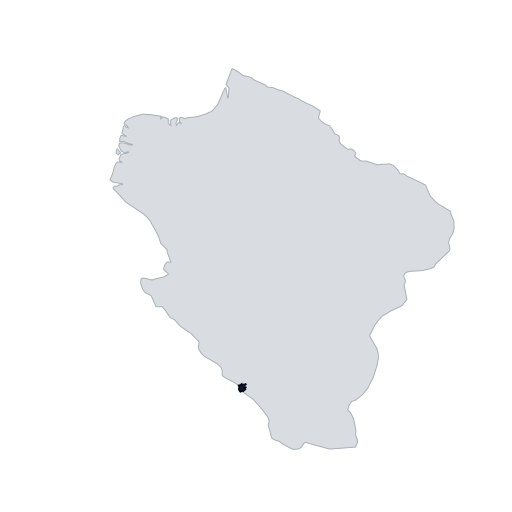 location of Mubi South, Adamawa, Nigeria, rotated 114°
{"feature_id": "59680162B11164722545286", "entity_name": "Mubi South", "entity_type": "district", "adm_level": 2, "iso_a3": "NGA", "parent_name": "Nigeria", "parent_adm1": "Adamawa", "projection": "equal_earth", "projection_center": [13.272, 10.176], "detail": "fine", "context": "in_parent", "style": "filled", "palette": "ink", "viewbox_px": 512, "rotation_deg": 114, "n_neighbors": 0, "source": "geoboundaries", "source_scale": "gbopen_adm2", "svg_char_len": 4798}
<svg xmlns="http://www.w3.org/2000/svg" viewBox="0 0 512 512"><g transform="rotate(114 256 256)"><path d="M390.1,87.4L402.4,110.1L405.0,126.9L406.1,135.2L408.1,136.2L411.9,136.6L414.7,138.3L416.4,141.1L417.4,143.6L417.6,145.2L416.9,155.3L415.9,158.9L416.4,163.9L416.3,166.1L415.9,167.5L414.1,169.2L411.8,170.8L406.2,175.6L404.6,176.4L402.3,176.5L400.3,177.7L397.9,180.3L392.7,190.0L388.3,199.7L385.0,215.5L381.1,220.4L380.4,224.8L379.8,234.6L379.2,237.6L378.5,238.5L374.3,240.3L371.9,242.6L370.4,247.1L368.6,262.3L367.9,264.8L366.5,267.4L364.4,270.2L362.5,271.8L357.6,272.9L353.0,284.3L353.0,286.3L350.9,296.7L347.4,304.5L347.1,309.5L342.7,316.4L340.4,321.1L342.7,326.0L342.9,326.8L335.3,335.1L334.8,336.4L334.5,342.1L333.9,343.7L332.5,345.8L330.4,348.1L328.3,349.9L325.9,351.1L323.7,351.6L322.4,350.9L321.7,349.1L320.4,342.1L319.8,340.6L318.3,339.2L312.4,331.5L308.9,328.8L308.1,329.0L307.5,329.7L306.5,333.6L305.5,335.0L303.6,335.5L300.4,335.6L298.0,335.0L297.4,334.3L296.3,331.2L289.0,338.3L286.4,339.8L283.2,348.2L278.5,352.3L275.4,355.9L266.8,367.3L265.1,370.6L263.4,375.6L259.7,397.0L253.8,410.3L253.0,413.1L252.7,413.0L251.9,414.3L249.6,413.5L248.6,411.0L247.2,410.6L244.8,407.0L244.3,407.6L246.8,416.8L245.9,420.4L238.7,420.5L232.5,421.7L228.2,421.6L226.1,420.3L225.2,416.8L224.8,417.2L224.6,419.0L223.2,420.5L218.4,420.7L216.3,418.4L214.6,415.7L212.8,414.6L213.1,415.7L215.2,418.3L214.9,422.0L211.1,426.2L208.6,426.5L207.1,424.6L206.3,421.6L206.0,417.2L205.0,414.3L204.4,414.3L205.1,419.1L205.1,423.6L206.9,427.1L204.1,428.2L200.7,428.3L200.3,427.0L199.9,424.1L199.3,423.4L198.6,428.3L191.7,429.7L190.7,429.5L190.5,428.5L191.0,427.2L190.9,425.0L189.4,426.7L189.1,430.1L188.2,430.6L185.6,430.2L182.7,428.4L178.1,424.1L172.4,417.1L171.4,414.0L169.8,410.1L166.9,399.5L167.4,399.0L168.7,399.6L169.4,398.6L167.0,397.8L166.5,397.1L166.4,394.7L166.5,391.8L170.1,390.3L171.0,388.6L171.5,386.8L167.0,389.5L162.8,386.5L161.9,384.7L162.4,383.3L167.2,383.2L169.0,381.8L167.9,381.3L166.1,381.4L165.4,380.5L165.5,378.3L164.9,378.8L164.1,380.7L161.2,382.1L159.6,380.7L159.5,377.6L159.1,376.1L157.7,375.0L152.9,366.7L146.7,359.7L141.3,354.9L133.0,352.6L115.6,352.7L114.7,352.0L115.8,350.9L117.3,350.2L122.9,346.3L121.9,345.8L116.1,348.2L114.1,348.4L111.5,353.1L94.5,354.1L94.5,352.0L95.3,345.8L96.4,341.6L95.3,336.4L95.0,331.8L95.8,330.3L96.0,328.6L96.0,316.6L96.9,314.9L96.9,313.7L95.2,308.6L95.2,304.7L94.9,300.9L94.4,299.2L95.2,284.6L95.0,281.0L95.6,278.5L95.9,272.2L95.9,266.0L97.2,256.4L104.5,255.1L106.3,251.3L107.4,246.4L107.1,241.7L109.5,237.5L112.4,233.8L112.3,229.8L113.1,228.5L114.5,227.6L116.5,227.1L118.7,225.1L119.9,221.6L121.2,215.9L119.3,212.0L119.4,211.1L120.1,209.0L121.3,206.9L122.2,206.2L124.3,206.7L125.0,205.9L126.4,199.6L126.3,198.0L124.4,193.8L123.4,182.5L122.9,181.0L121.4,179.0L117.4,171.0L117.5,167.3L119.3,162.5L120.4,160.1L122.0,158.8L122.3,157.7L121.9,156.4L121.1,155.4L121.0,153.2L121.8,150.2L121.6,146.9L122.2,129.9L125.5,126.6L130.4,121.0L132.9,115.3L134.3,110.9L136.1,96.4L138.7,94.8L143.5,89.5L150.1,86.4L154.4,85.4L161.8,86.1L165.6,85.5L168.9,82.7L170.3,81.9L172.4,81.4L190.9,88.9L192.6,88.6L194.0,89.1L196.3,91.1L201.7,98.1L207.3,109.0L209.1,111.3L210.9,112.6L212.7,113.1L214.1,112.9L215.4,111.9L217.2,109.8L220.0,108.8L222.2,109.0L233.9,100.7L235.0,100.6L242.1,102.4L251.7,110.7L259.6,116.2L265.1,118.1L271.7,119.4L282.8,119.8L291.3,108.0L294.4,105.4L298.2,103.1L306.0,101.0L319.0,99.5L331.2,100.1L338.7,102.1L346.7,106.0L350.1,109.6L355.5,110.2L359.4,109.5L360.7,105.9L364.6,101.1L370.4,96.7L375.1,93.6L379.1,92.2L382.5,88.7L385.3,87.5L390.1,87.4ZM218.9,425.5L216.2,426.6L214.5,426.3L216.9,421.5L218.1,422.5L219.6,423.0L218.9,425.5Z" fill="#d9dde1" stroke="#a8b0b8" stroke-width="1"/><path d="M381.3,219.3L381.4,219.2L381.5,219.1L381.7,218.8L381.8,218.7L382.2,218.5L382.4,218.3L382.4,218.1L382.6,218.0L383.1,217.9L384.5,217.7L384.9,217.4L385.0,217.2L385.7,216.5L386.0,216.1L386.1,215.8L386.3,215.5L386.5,215.0L385.2,213.7L384.9,214.0L384.5,213.4L384.7,212.6L384.4,212.5L384.1,212.4L384.1,212.5L383.9,212.4L383.6,212.3L383.2,212.1L382.7,211.6L382.2,211.3L381.9,211.5L381.8,212.0L381.6,211.9L381.4,212.0L381.2,212.1L380.9,212.1L380.7,212.0L380.7,211.9L380.4,211.9L380.2,211.8L380.0,212.0L380.0,212.3L380.3,212.4L380.6,212.5L380.6,212.8L380.4,212.9L380.4,213.0L380.5,213.1L380.6,213.3L380.4,213.5L380.2,213.7L380.1,213.9L379.3,213.7L378.8,213.8L378.6,213.7L378.3,213.6L378.2,213.4L377.8,213.1L377.7,213.0L377.5,212.9L377.3,212.9L377.2,213.1L377.1,213.6L377.4,213.8L377.5,213.8L377.7,214.0L377.9,214.2L378.1,214.7L378.5,215.1L378.7,215.4L378.8,215.8L378.9,216.7L378.9,217.0L378.7,217.1L379.0,217.3L379.3,217.4L379.3,217.2L379.5,217.1L379.8,217.2L380.0,217.7L380.3,217.7L380.5,218.0L380.6,218.5L381.3,219.3Z" fill="#0f172a" stroke="#020617" stroke-width="1.5"/></g></svg>